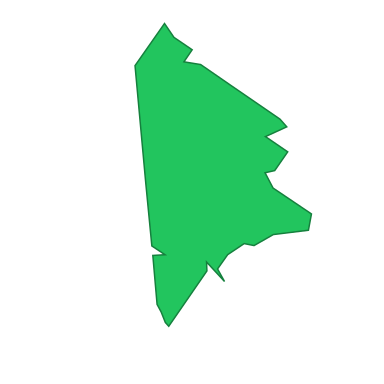 Peach, Georgia, United States of America, rotated 304°
{"feature_id": "52423323B59548723036137", "entity_name": "Peach", "entity_type": "district", "adm_level": 2, "iso_a3": "USA", "parent_name": "United States of America", "parent_adm1": "Georgia", "projection": "robinson", "projection_center": [-83.838, 32.566], "detail": "fine", "context": "isolated", "style": "filled", "palette": "green", "viewbox_px": 384, "rotation_deg": 304, "n_neighbors": 0, "source": "geoboundaries", "source_scale": "gbopen_adm2", "svg_char_len": 559}
<svg xmlns="http://www.w3.org/2000/svg" viewBox="0 0 384 384"><g transform="rotate(304 192 192)"><path d="M316.3,75.0L264.9,74.1L174.0,148.3L124.8,188.9L124.9,204.7L117.5,195.0L79.3,225.9L75.3,233.5L68.9,242.9L67.7,247.8L134.9,248.5L142.1,243.2L136.0,269.0L142.5,256.2L160.0,256.6L178.4,264.1L182.3,273.4L202.2,283.2L225.4,309.9L240.6,303.3L240.6,257.0L248.8,241.8L256.0,248.6L278.8,248.9L279.0,221.9L299.0,234.1L301.6,224.2L302.1,164.4L302.5,127.9L295.4,112.5L310.0,112.6L310.1,90.6L316.3,75.0Z" fill="#22c55e" stroke="#15803d" stroke-width="1.5"/></g></svg>